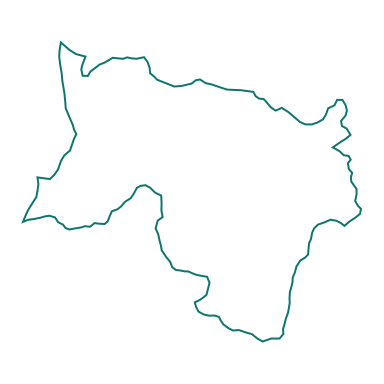 Caibaté, Rio Grande do Sul, Brazil
{"feature_id": "56859067B53289402005788", "entity_name": "Caibaté", "entity_type": "district", "adm_level": 2, "iso_a3": "BRA", "parent_name": "Brazil", "parent_adm1": "Rio Grande do Sul", "projection": "orthographic", "projection_center": [-54.66, -28.343], "detail": "fine", "context": "isolated", "style": "outline", "palette": "teal", "viewbox_px": 384, "rotation_deg": 0, "n_neighbors": 0, "source": "geoboundaries", "source_scale": "gbopen_adm2", "svg_char_len": 2646}
<svg xmlns="http://www.w3.org/2000/svg" viewBox="0 0 384 384"><path d="M300.0,122.0L288.4,112.1L281.8,107.9L275.6,110.6L270.7,107.2L267.1,102.8L263.7,99.1L258.9,98.5L255.5,96.0L253.4,91.9L240.8,90.2L227.1,89.6L222.8,88.2L217.1,86.3L211.2,84.3L205.5,83.1L200.1,79.5L195.9,80.2L191.5,83.6L181.3,86.0L174.2,86.5L160.8,81.2L157.1,79.7L154.1,76.5L150.2,73.4L149.6,67.6L147.5,61.9L144.0,57.2L140.1,58.0L136.3,58.8L131.4,58.3L127.1,57.4L123.0,58.8L117.7,58.3L112.7,57.8L108.7,60.2L104.4,62.7L99.7,64.5L95.6,67.6L90.3,71.7L87.8,76.0L82.6,75.7L81.3,69.3L82.3,65.0L85.5,56.6L75.7,54.0L69.1,49.6L60.9,42.5L59.6,50.1L59.2,56.7L60.3,65.4L61.6,72.9L62.4,81.3L63.3,86.6L64.4,93.1L65.3,102.3L65.7,108.2L68.3,114.5L70.5,119.6L72.8,125.0L74.2,130.0L76.4,134.0L74.1,138.6L70.0,150.5L64.4,155.3L61.0,160.9L58.0,169.6L54.0,175.2L49.9,179.1L43.5,178.2L37.5,177.4L38.4,184.2L37.3,192.1L36.3,197.2L33.9,200.8L31.1,205.2L27.7,210.8L25.0,216.9L23.0,221.9L28.1,219.8L34.1,219.0L40.0,217.8L45.0,216.4L49.4,215.7L55.1,217.5L58.1,222.2L63.0,224.6L65.5,228.0L69.2,229.5L75.0,228.4L81.0,227.5L84.9,226.2L90.0,226.7L94.6,223.1L99.1,223.7L104.5,224.0L107.7,221.4L109.6,216.4L111.9,211.2L117.5,209.3L121.2,206.3L125.0,201.8L130.8,198.1L133.8,193.6L136.8,188.0L140.4,185.9L145.3,185.2L150.0,187.6L155.2,192.7L161.2,195.6L161.6,203.5L161.4,210.5L162.6,217.0L157.7,220.7L155.6,228.5L158.2,234.1L159.5,240.4L160.7,244.7L161.8,250.5L166.0,256.7L170.2,262.0L172.3,267.3L176.0,270.0L180.5,270.5L184.3,271.3L188.4,271.5L192.2,273.2L196.6,274.9L202.3,276.0L207.1,276.8L209.5,282.6L208.4,287.3L206.4,295.0L200.0,299.9L194.8,302.3L196.0,306.7L198.5,311.6L203.7,314.5L209.3,315.7L214.4,315.5L218.9,316.9L220.9,320.8L223.4,324.4L228.3,328.1L233.0,330.5L239.0,330.1L246.0,332.5L252.0,334.2L257.3,338.5L262.7,341.5L271.3,338.5L279.6,338.5L283.4,333.9L283.0,329.1L284.3,324.9L285.8,318.9L288.0,312.8L288.8,308.4L289.7,303.1L289.5,298.2L289.9,292.1L291.4,286.8L292.5,282.2L292.7,277.6L294.8,272.7L296.5,266.4L300.2,260.6L305.1,257.6L308.1,254.5L308.5,249.2L309.1,243.1L311.0,238.9L312.1,232.9L314.0,228.5L317.9,224.6L324.4,222.4L330.5,219.7L336.5,220.8L341.0,223.1L344.4,225.9L349.2,221.7L355.4,217.6L360.0,213.9L361.0,208.9L358.0,205.9L355.2,201.0L356.6,194.0L356.5,188.9L353.7,185.0L351.3,181.6L350.9,177.0L352.2,172.9L348.8,169.0L347.9,163.2L350.7,159.7L348.6,155.9L343.9,155.3L339.3,151.0L332.8,147.4L336.4,144.9L341.4,141.5L345.6,138.9L350.5,134.9L346.6,128.6L341.9,125.9L341.1,120.9L345.6,115.5L346.9,110.4L345.6,105.2L342.4,99.9L337.1,99.9L334.5,105.3L328.1,108.4L325.9,114.7L322.9,119.4L317.6,122.5L311.8,124.4L305.3,124.4L300.0,122.0Z" fill="none" stroke="#0f766e" stroke-width="2"/></svg>